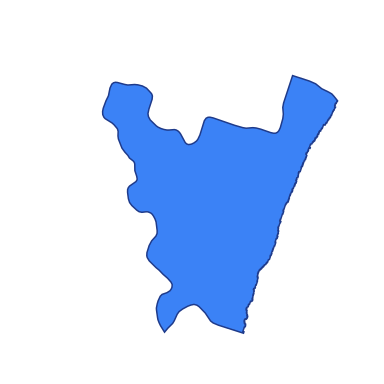 the district of Santo Domingo Este, Santo Domingo, Dominican Republic, rotated 288°
{"feature_id": "3306468B99956465733744", "entity_name": "Santo Domingo Este", "entity_type": "district", "adm_level": 2, "iso_a3": "DOM", "parent_name": "Dominican Republic", "parent_adm1": "Santo Domingo", "projection": "albers", "projection_center": [-69.79, 18.526], "detail": "fine", "context": "isolated", "style": "filled", "palette": "blue", "viewbox_px": 384, "rotation_deg": 288, "n_neighbors": 0, "source": "geoboundaries", "source_scale": "gbopen_adm2", "svg_char_len": 6076}
<svg xmlns="http://www.w3.org/2000/svg" viewBox="0 0 384 384"><g transform="rotate(288 192 192)"><path d="M75.1,284.6L75.1,283.5L79.6,283.5L79.6,283.9L80.8,283.9L80.8,284.3L81.2,284.3L81.2,283.9L82.8,283.9L82.8,283.1L83.2,283.1L83.2,282.6L84.0,282.6L84.0,282.2L84.8,282.2L84.8,281.8L85.6,281.8L85.6,281.4L86.5,281.4L86.5,281.8L87.7,281.8L87.7,282.6L88.1,282.6L88.1,283.1L89.3,283.1L89.3,283.5L90.5,283.5L90.5,283.1L91.3,283.1L91.3,282.6L92.1,282.6L92.1,282.2L92.9,282.2L93.3,281.4L94.6,281.4L94.6,280.9L96.2,280.9L96.2,280.5L96.6,280.5L96.6,280.1L97.4,280.1L97.4,279.6L98.6,279.6L98.6,280.1L99.8,280.1L100.2,280.9L101.8,280.9L101.8,280.5L102.7,280.5L103.1,281.4L105.9,281.4L105.9,281.8L106.3,281.8L106.3,282.2L107.1,282.6L107.1,283.1L108.3,283.1L108.7,282.2L109.1,282.2L109.1,282.6L109.9,282.6L109.9,282.2L112.8,282.2L112.8,281.8L113.6,281.8L113.6,282.2L114.4,282.2L114.4,281.8L116.8,281.8L116.8,281.4L118.0,281.4L118.0,280.9L118.5,280.9L118.5,280.5L118.9,280.5L118.9,280.9L119.7,280.9L120.1,281.8L120.5,281.8L120.5,281.4L123.3,281.4L123.3,281.8L127.4,281.8L127.4,281.4L130.6,281.4L130.6,280.9L131.4,280.9L131.4,280.5L132.2,280.5L132.2,280.1L134.7,280.1L134.7,279.7L136.3,279.7L136.3,280.1L138.3,280.1L138.3,280.5L139.1,280.5L139.1,280.9L139.9,280.9L139.9,281.4L140.7,281.4L140.7,281.8L141.6,281.8L141.6,282.2L142.4,282.2L142.4,282.6L143.2,282.6L143.2,283.1L144.4,283.1L144.4,283.5L145.2,283.5L145.6,284.4L146.8,284.4L146.8,284.8L147.6,284.8L147.6,285.2L148.8,285.2L148.8,285.6L151.3,285.6L151.7,286.5L155.3,286.5L155.3,286.1L156.1,286.1L156.5,286.9L158.2,286.9L158.2,286.5L160.6,286.5L160.6,286.9L162.2,286.9L162.2,286.5L163.4,286.5L163.4,286.9L166.3,286.9L166.3,287.3L169.5,287.3L169.5,286.9L170.3,286.9L170.3,286.5L173.6,286.5L173.6,286.9L174.4,286.9L174.4,287.3L176.4,287.3L176.4,286.5L178.8,286.5L178.8,286.9L179.2,286.9L179.2,286.5L181.3,286.5L181.3,286.1L182.1,286.1L182.1,285.6L183.7,285.6L183.7,285.2L184.9,285.2L184.9,284.8L185.7,284.8L185.7,285.2L190.2,285.2L190.2,285.6L191.4,285.6L191.4,284.8L191.8,284.8L191.8,284.4L193.4,284.4L193.4,284.8L199.1,284.8L199.1,285.2L201.5,285.2L201.5,284.8L202.7,284.8L202.7,284.4L203.6,284.4L203.6,284.8L209.2,284.8L209.2,285.2L210.8,285.2L210.8,285.6L211.7,285.6L212.1,286.5L212.9,286.5L212.9,286.1L214.5,286.1L214.5,286.5L216.1,286.5L216.1,286.1L219.0,286.1L219.0,286.5L219.8,286.5L219.8,286.1L220.2,286.1L220.2,286.5L222.6,286.5L222.6,286.9L223.4,286.9L223.4,287.3L224.2,287.3L224.2,286.9L225.0,286.9L225.0,286.5L225.8,286.5L225.8,286.9L226.7,286.9L226.7,287.3L229.5,287.3L229.5,287.8L230.7,287.8L230.7,287.3L231.9,287.3L231.9,287.8L232.7,287.8L232.7,288.2L234.4,288.2L234.8,287.3L235.6,287.3L235.6,287.8L236.4,287.8L236.4,287.3L238.0,287.3L238.4,288.2L240.0,288.2L240.0,287.8L242.9,287.8L242.9,287.3L244.1,287.3L244.1,287.8L244.9,288.2L244.9,288.6L249.3,288.6L249.3,288.2L249.7,288.2L249.7,288.6L250.6,288.6L250.6,289.1L251.4,289.1L251.4,288.6L252.6,288.6L252.6,289.1L253.4,289.1L253.4,288.6L254.2,288.6L254.2,289.1L256.6,289.1L256.6,289.5L258.3,289.5L258.3,289.9L258.7,289.9L258.7,289.5L260.3,289.5L260.3,289.9L262.3,289.9L262.7,289.1L263.5,289.1L263.5,288.6L264.3,288.6L264.3,289.1L265.2,289.1L265.2,289.5L266.8,289.5L266.8,289.9L267.6,289.9L267.6,289.5L269.6,289.5L269.6,289.9L270.0,289.9L270.0,290.8L270.8,290.8L271.2,289.9L273.7,289.9L273.7,290.3L274.5,290.3L274.9,291.2L276.5,291.2L276.5,291.6L277.3,291.6L277.3,292.0L278.1,292.0L278.1,292.5L278.9,292.5L278.9,292.9L279.3,292.9L279.3,292.5L280.1,292.5L280.1,292.9L281.0,292.9L281.0,292.5L281.4,292.5L281.4,293.3L282.6,293.3L282.6,293.7L283.4,293.7L283.4,294.2L283.8,294.2L283.8,293.7L285.8,293.7L285.8,294.6L287.4,294.6L287.4,294.2L288.7,294.2L288.7,294.6L289.5,294.6L289.5,295.0L289.9,295.0L289.9,295.5L291.9,295.5L291.9,295.9L293.1,295.9L293.1,296.3L296.4,296.3L296.4,296.7L296.8,296.7L296.8,297.6L297.2,297.6L297.2,298.0L298.8,298.0L298.8,298.4L299.6,298.4L299.6,298.9L302.0,298.9L302.0,299.3L303.2,299.3L303.2,299.7L304.5,299.7L304.5,300.1L305.7,300.1L305.7,300.6L308.1,300.6L308.1,301.0L312.2,301.0L312.2,301.4L313.8,301.4L313.8,301.8L316.6,301.8L316.6,302.3L317.0,302.3L317.0,301.4L318.6,301.4L318.6,301.0L320.3,301.0L320.3,301.4L321.1,301.4L321.1,301.8L323.1,301.8L323.1,302.3L323.7,302.3L327.1,297.1L328.5,294.6L329.2,291.3L330.3,283.5L333.1,276.2L333.8,269.4L333.8,251.7L305.0,251.6L300.5,252.2L294.3,254.8L289.8,255.7L280.5,256.1L277.2,255.7L275.3,254.9L273.8,253.4L273.1,251.5L272.8,248.4L273.0,238.0L272.7,233.3L272.0,230.0L269.4,223.8L268.9,220.4L268.6,212.0L269.0,189.2L268.7,186.0L268.0,184.1L266.5,182.6L263.6,181.7L248.7,181.9L244.1,181.3L242.0,180.6L239.4,178.8L237.3,176.6L236.0,174.0L236.1,171.9L237.0,170.2L243.5,163.4L244.8,161.7L245.7,159.8L246.1,157.8L245.9,155.9L243.8,150.9L243.2,149.0L242.8,145.9L242.8,142.8L243.2,139.6L243.8,137.7L247.6,130.0L250.2,127.3L252.9,125.9L257.5,125.4L267.9,125.4L271.0,124.7L272.6,123.6L273.6,122.2L276.7,116.6L277.5,112.1L277.2,107.5L276.5,104.2L273.9,97.9L273.5,94.7L273.1,87.2L272.7,85.3L271.6,83.6L269.8,82.4L265.5,81.9L257.7,82.8L252.1,82.0L244.2,81.7L240.9,82.1L238.0,83.2L235.8,85.2L234.9,86.8L233.0,94.5L231.9,97.0L229.1,101.5L226.9,103.0L222.4,104.3L219.7,105.6L212.1,111.8L209.2,115.8L207.0,119.7L205.0,122.0L203.3,126.6L202.3,128.0L200.9,128.9L194.6,131.1L189.8,134.6L187.3,135.9L186.4,135.9L184.6,135.5L178.4,130.8L176.5,130.1L174.5,130.0L171.8,130.8L165.9,133.6L162.7,135.9L160.5,139.0L157.7,145.0L156.9,147.7L157.2,150.6L159.0,154.5L159.5,156.3L159.3,159.2L158.5,161.1L157.2,162.8L155.0,165.1L152.4,167.1L144.5,170.8L141.8,171.6L138.9,171.3L133.0,168.7L127.8,167.8L120.4,167.9L117.4,168.7L115.8,169.7L113.3,172.6L109.0,181.1L107.5,184.9L104.8,189.9L102.5,195.3L99.8,199.9L97.8,201.8L95.1,202.4L93.2,202.2L91.3,201.6L88.5,199.3L85.4,195.2L83.0,194.0L78.0,193.4L74.8,193.5L70.6,194.0L68.8,194.7L61.8,198.1L60.0,199.1L57.5,201.1L55.1,203.4L50.2,209.2L55.0,211.1L61.0,214.2L64.0,214.9L71.2,215.7L74.3,216.7L77.9,219.3L82.0,223.2L84.1,225.8L85.7,228.6L85.9,231.6L85.1,234.3L81.0,242.0L75.1,249.5L74.0,252.5L73.5,258.2L73.6,284.6L75.1,284.6Z" fill="#3b82f6" stroke="#1e3a8a" stroke-width="1.5"/></g></svg>